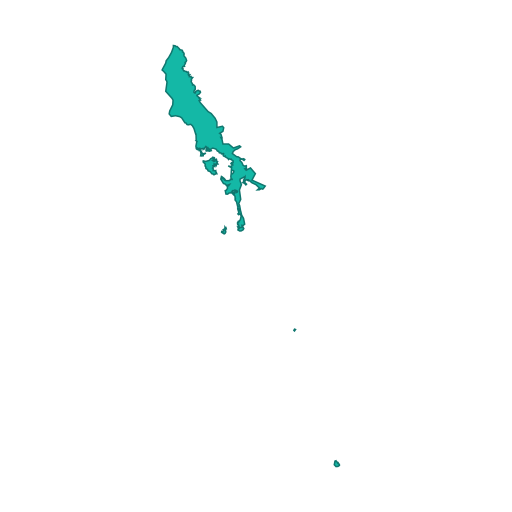 the district of Cartagena De Indias, Bolívar, Colombia, rotated 308°
{"feature_id": "7082276B69747109400917", "entity_name": "Cartagena De Indias", "entity_type": "district", "adm_level": 2, "iso_a3": "COL", "parent_name": "Colombia", "parent_adm1": "Bolívar", "projection": "robinson", "projection_center": [-75.517, 10.041], "detail": "fine", "context": "isolated", "style": "filled", "palette": "teal", "viewbox_px": 512, "rotation_deg": 308, "n_neighbors": 0, "source": "geoboundaries", "source_scale": "gbopen_adm2", "svg_char_len": 6099}
<svg xmlns="http://www.w3.org/2000/svg" viewBox="0 0 512 512"><g transform="rotate(308 256 256)"><path d="M358.5,87.5L357.9,86.7L357.9,85.7L357.4,85.3L358.4,82.4L358.8,82.7L358.9,82.1L360.1,81.7L361.4,82.9L361.8,82.1L364.3,81.8L364.9,80.9L365.8,81.3L367.3,81.0L368.7,78.9L369.4,76.0L370.4,75.0L370.9,75.1L371.6,74.0L371.6,72.4L372.1,72.4L372.7,71.2L371.6,68.7L372.1,68.2L372.5,64.8L371.7,63.9L371.9,62.9L371.0,61.3L369.6,62.4L364.3,64.1L358.6,65.0L354.6,65.0L352.4,66.1L345.0,67.4L344.7,67.6L344.7,69.4L343.9,73.2L339.4,76.3L338.9,77.9L338.1,78.9L330.2,83.5L328.5,92.9L327.7,94.7L323.9,97.3L317.2,98.7L314.5,100.1L313.8,103.3L317.0,106.2L318.9,110.2L319.1,112.4L317.2,118.0L317.7,118.9L317.1,120.6L317.6,121.8L319.6,123.5L319.5,125.6L318.3,128.6L314.8,133.6L315.0,133.8L310.3,137.7L310.1,138.4L309.9,138.1L309.7,138.9L305.6,141.0L303.8,142.9L303.7,144.0L304.5,146.1L304.3,147.8L303.0,149.5L300.8,150.7L301.1,151.1L300.6,151.4L301.1,151.3L302.5,152.7L303.3,152.0L306.2,153.2L303.6,151.0L305.2,147.3L305.9,146.9L305.1,146.5L305.6,146.4L304.4,144.9L305.1,143.9L305.3,144.9L306.4,145.4L306.2,146.3L308.1,148.0L307.5,148.7L309.1,148.9L309.0,149.4L309.6,148.9L309.4,149.4L309.7,149.0L311.5,149.0L311.5,151.4L311.1,151.4L310.8,150.4L309.9,151.1L311.4,151.6L311.0,151.9L311.3,152.2L311.4,152.7L310.3,151.6L309.1,152.7L308.3,152.0L308.1,152.2L309.3,153.4L309.9,154.8L311.5,155.9L311.7,155.4L311.2,155.5L310.7,154.7L310.7,153.5L311.4,152.7L310.9,154.6L313.2,154.8L313.4,154.4L313.3,154.9L314.4,155.5L315.4,158.0L315.6,159.1L314.9,161.0L315.5,162.0L314.7,163.6L315.1,164.2L315.2,163.7L315.6,165.3L315.2,165.9L316.7,167.2L316.6,167.7L315.4,167.8L314.8,168.8L315.2,170.0L315.7,170.2L315.2,170.6L315.6,173.8L315.2,174.9L316.0,174.9L316.6,176.7L317.3,176.2L316.7,177.4L316.9,179.5L316.0,180.1L315.5,179.8L315.3,180.3L314.6,179.6L313.9,180.9L313.7,179.7L315.0,179.3L313.3,179.4L313.3,180.9L312.3,181.5L311.2,181.0L311.0,181.5L309.9,178.6L310.5,182.4L306.3,185.2L308.7,184.0L309.5,185.8L308.8,186.7L307.4,186.9L306.2,186.8L305.7,185.7L303.2,187.2L301.7,188.7L301.9,190.6L301.2,189.5L301.5,188.9L300.6,188.7L301.1,188.3L300.0,188.9L299.0,188.6L296.8,185.9L297.0,185.2L296.4,184.5L296.9,183.9L296.8,183.3L297.4,183.8L297.5,183.4L297.5,181.1L296.7,181.2L297.5,180.6L297.4,179.8L294.9,180.9L293.1,185.7L293.8,187.8L293.3,189.3L296.1,191.1L294.4,191.2L294.1,190.6L293.2,190.5L291.8,191.9L289.5,192.1L288.6,191.5L286.3,194.2L287.3,195.6L289.1,196.0L290.6,197.7L290.7,197.3L292.6,197.3L292.4,197.7L293.0,197.4L293.7,198.0L293.6,198.3L295.0,198.7L295.7,200.8L295.5,201.6L294.7,201.9L293.8,201.4L295.1,200.8L294.7,200.3L293.0,199.7L292.0,200.3L292.1,199.4L290.8,198.3L290.2,202.7L288.2,204.3L288.7,204.2L288.4,204.6L287.3,204.9L286.7,207.3L283.9,210.8L284.3,211.4L284.1,212.1L284.0,211.3L281.9,212.5L279.6,215.8L278.0,215.8L277.9,217.0L279.2,217.5L279.2,218.4L278.1,219.8L275.2,221.2L273.2,221.4L272.6,221.0L271.6,221.7L271.0,221.2L271.3,220.9L270.7,221.0L269.5,222.2L269.9,222.8L269.3,223.8L269.0,223.6L268.5,224.4L268.6,226.1L267.0,225.7L267.4,225.1L268.0,225.3L267.6,223.9L267.0,225.0L265.4,225.7L265.7,227.8L266.7,228.9L268.6,229.7L270.1,229.5L270.9,227.5L269.8,227.4L269.8,227.0L271.0,226.8L271.5,226.0L271.9,226.7L270.8,227.0L271.0,227.4L271.9,227.0L274.1,227.5L278.0,223.0L279.4,219.5L281.9,216.4L281.4,214.6L282.3,212.7L283.1,214.2L282.2,215.9L285.7,212.0L286.7,210.1L291.2,209.1L297.8,202.3L303.2,200.6L305.4,197.1L306.8,196.1L311.1,198.1L311.1,198.5L311.8,198.5L310.9,199.2L310.1,198.9L309.3,199.6L308.2,199.4L308.0,200.2L307.0,200.2L306.6,200.8L305.7,200.5L306.2,202.1L305.8,204.2L306.8,204.3L307.0,202.0L308.1,201.2L310.1,201.2L310.5,203.1L311.0,202.5L311.4,203.0L311.2,207.7L312.2,212.0L311.7,216.7L312.4,217.0L309.0,216.4L310.3,217.9L312.4,218.6L312.6,219.8L313.3,220.3L316.8,220.2L313.3,206.1L320.5,204.8L322.0,197.4L317.5,195.5L317.8,193.8L317.9,193.5L318.7,194.7L319.4,194.5L319.7,193.7L321.0,193.1L321.2,192.7L319.9,191.9L319.5,190.1L321.0,187.2L321.3,184.6L322.8,184.1L323.8,185.8L323.9,187.7L325.1,187.8L325.2,187.3L324.8,186.0L324.3,186.0L323.4,184.3L323.2,181.0L322.3,179.5L322.2,174.3L324.4,173.7L327.2,174.3L329.0,175.5L332.6,176.7L332.7,175.2L327.2,171.7L327.4,165.5L323.9,161.0L326.9,157.5L327.7,155.4L328.3,156.4L328.7,155.8L330.3,153.5L330.3,151.8L333.8,153.2L337.2,151.6L337.6,149.7L333.2,146.1L337.5,142.7L339.4,138.9L340.7,133.0L340.3,129.3L342.5,117.8L343.4,115.5L344.7,116.3L345.6,113.1L345.7,113.9L345.9,114.2L345.8,111.3L346.3,110.4L348.7,111.5L350.8,111.5L351.2,111.0L351.5,110.3L351.0,109.8L351.1,108.7L350.4,108.0L348.6,107.2L346.6,108.1L347.1,107.6L346.7,107.0L346.9,106.1L348.5,105.4L350.0,105.5L352.2,103.6L352.5,101.5L351.7,100.7L352.5,100.1L353.4,97.6L355.0,96.9L355.4,96.2L357.6,96.2L356.8,95.0L357.5,94.3L356.3,93.1L357.0,92.7L356.9,92.0L357.3,92.0L357.0,91.8L357.2,91.2L357.7,91.6L357.6,91.1L358.8,90.3L358.6,89.7L359.2,89.1L358.3,88.6L358.5,87.5ZM298.5,155.9L297.6,156.4L297.1,159.5L295.6,160.4L295.3,161.6L294.1,162.7L294.4,164.4L293.6,165.8L294.3,168.2L293.6,170.5L294.3,172.2L294.1,172.9L296.2,173.8L296.7,174.5L297.1,173.8L296.5,173.7L298.5,171.7L297.8,171.4L297.7,170.4L296.9,169.6L298.4,168.6L298.5,167.6L299.8,167.6L300.6,166.5L301.3,167.3L301.2,168.3L301.7,168.0L302.3,168.9L301.9,166.8L302.7,166.3L303.1,167.6L303.3,167.2L303.8,168.0L303.4,168.7L304.2,168.3L305.0,169.3L305.6,167.6L306.6,167.6L306.4,166.9L307.8,165.3L305.9,164.6L305.6,163.9L306.1,163.5L305.8,163.3L305.1,163.5L304.8,164.6L306.2,165.6L304.5,164.7L304.8,163.8L304.5,163.5L304.5,163.2L304.8,163.5L306.1,162.5L307.2,163.5L307.6,162.3L307.9,163.3L307.8,162.4L307.1,161.4L304.6,160.4L302.7,160.4L299.6,158.2L298.5,155.9ZM143.8,447.8L143.4,445.6L143.9,445.1L143.0,444.5L139.7,446.2L139.3,448.7L140.6,450.1L142.3,450.7L143.2,449.9L143.0,448.0L143.8,447.8ZM256.5,213.9L256.1,215.0L254.6,214.5L254.4,214.9L254.2,213.9L253.5,214.3L253.8,217.3L254.7,217.7L256.4,217.4L257.2,216.2L258.9,215.7L258.5,215.8L259.0,215.1L259.3,215.6L259.9,214.7L259.3,214.4L259.5,213.9L258.4,214.7L256.5,213.9ZM222.1,331.4L220.7,331.6L220.6,332.5L222.4,332.4L222.1,331.4Z" fill="#14b8a6" stroke="#0f766e" stroke-width="1.5"/></g></svg>